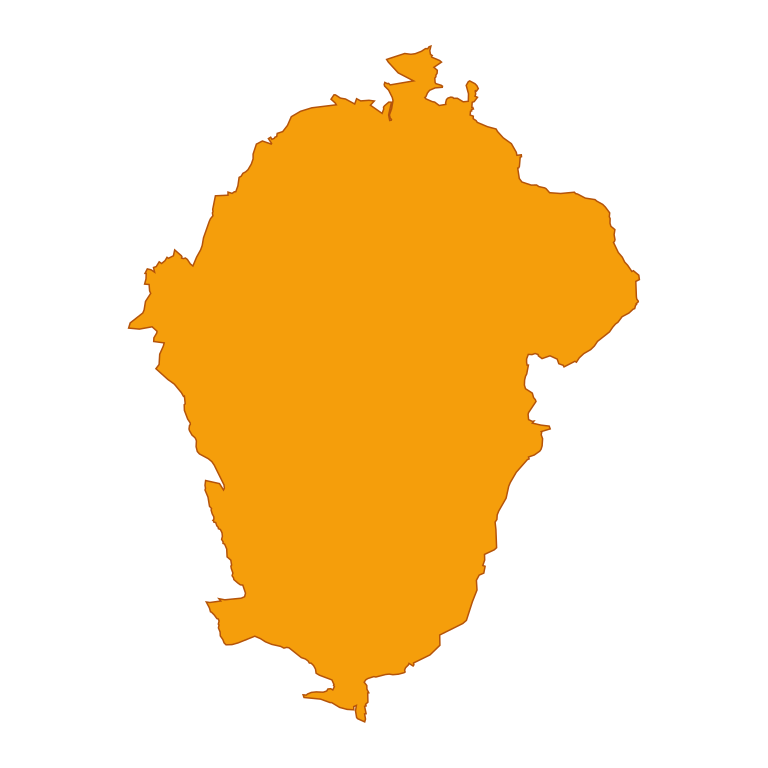 the district of Runcu Salvei, Bistrita-Nasaud, Romania
{"feature_id": "2599482B46893118391872", "entity_name": "Runcu Salvei", "entity_type": "district", "adm_level": 2, "iso_a3": "ROU", "parent_name": "Romania", "parent_adm1": "Bistrita-Nasaud", "projection": "robinson", "projection_center": [24.328, 47.36], "detail": "fine", "context": "isolated", "style": "filled", "palette": "amber", "viewbox_px": 768, "rotation_deg": 0, "n_neighbors": 0, "source": "geoboundaries", "source_scale": "gbopen_adm2", "svg_char_len": 6062}
<svg xmlns="http://www.w3.org/2000/svg" viewBox="0 0 768 768"><path d="M437.3,70.3L433.9,67.3L441.5,62.1L439.6,60.5L431.8,57.2L431.6,56.1L432.2,55.5L430.5,54.4L429.8,50.7L430.9,46.1L429.0,46.8L427.7,48.7L425.5,48.6L421.4,51.3L415.2,53.7L410.9,54.3L404.7,53.5L386.6,59.4L388.4,62.2L398.2,72.9L413.6,80.9L390.1,84.9L388.6,83.4L387.2,83.6L384.8,82.4L384.2,84.5L384.6,86.1L388.6,90.1L392.3,97.5L393.0,100.6L391.6,108.8L389.4,115.0L390.3,118.3L391.5,119.4L391.3,120.2L389.7,120.5L388.6,115.0L391.5,102.2L388.8,102.1L384.5,105.8L383.5,107.2L383.7,109.1L382.1,113.4L370.4,105.2L374.3,101.0L369.0,100.3L360.7,100.9L356.6,98.7L354.7,104.0L345.5,99.0L340.4,98.1L335.5,94.9L334.0,94.8L331.0,99.2L335.1,102.9L336.3,104.8L311.8,107.8L300.5,111.3L291.3,116.7L287.5,125.4L282.7,131.6L277.2,133.4L276.7,136.5L274.9,137.2L274.3,138.3L271.9,139.3L270.7,137.2L268.4,138.6L271.6,143.4L271.2,144.1L262.4,141.0L256.4,144.1L253.1,154.1L253.1,158.9L251.3,164.1L248.0,169.7L245.6,171.9L242.9,173.3L241.2,176.2L239.1,177.4L237.9,185.8L235.8,191.7L234.3,191.8L232.1,193.4L228.0,192.1L228.0,195.2L215.4,195.8L212.7,209.4L213.0,211.7L212.4,212.9L212.9,215.8L210.5,218.7L209.3,221.3L203.5,237.8L202.2,245.5L200.6,249.9L196.6,257.1L192.9,266.0L190.3,263.9L187.3,259.4L185.4,258.0L183.5,258.6L181.6,258.1L181.9,256.7L181.4,255.8L174.7,249.9L173.4,255.8L168.4,258.3L167.0,257.3L165.0,260.7L161.6,263.5L159.2,261.8L156.2,266.6L153.5,267.5L154.6,272.2L151.1,269.8L147.3,268.9L145.0,273.4L146.2,273.5L146.0,278.9L144.6,284.1L149.1,284.5L149.6,290.9L150.7,293.4L145.5,301.4L144.1,310.0L142.8,313.0L130.2,322.9L128.6,328.1L139.4,329.1L152.1,326.8L157.0,331.2L156.8,332.9L153.9,337.8L153.7,341.5L164.2,342.9L163.3,346.1L159.7,354.2L159.1,364.5L155.9,368.7L167.9,379.5L174.3,384.1L181.4,392.7L183.5,396.4L184.4,396.1L185.2,403.8L184.2,404.7L184.4,410.4L187.7,419.1L190.2,422.9L190.3,424.5L189.5,425.4L189.0,429.0L189.5,430.7L192.0,435.1L195.0,437.7L196.0,439.6L196.4,441.0L196.1,446.7L197.3,451.5L199.4,453.9L208.3,458.7L211.8,461.6L214.2,465.1L224.0,484.9L224.4,488.2L223.5,490.0L219.5,483.6L205.6,480.5L205.0,485.3L205.5,488.3L205.0,490.0L208.0,497.2L209.5,506.3L211.5,508.5L211.1,510.0L212.2,513.8L213.8,516.8L213.9,519.1L212.9,520.5L213.6,520.8L213.9,522.2L215.7,522.5L216.8,525.8L218.3,527.4L218.4,528.7L220.4,529.5L222.0,532.8L222.4,536.3L221.6,539.4L223.1,541.8L223.0,543.4L224.6,544.1L226.7,549.0L227.1,556.9L230.8,560.1L231.6,565.1L230.9,566.1L231.3,568.5L232.9,573.1L232.1,575.5L232.5,576.5L233.4,577.5L233.9,579.6L237.8,583.0L240.3,584.8L242.8,585.1L245.5,593.2L244.6,596.7L241.2,598.2L224.8,599.8L218.9,598.7L220.8,601.0L209.8,602.5L206.3,602.0L209.4,607.9L210.5,611.8L211.5,612.2L214.2,614.9L216.9,618.6L218.1,618.8L219.1,620.9L218.3,624.1L219.0,625.0L218.4,627.9L220.1,632.0L220.3,635.9L222.8,639.5L224.1,642.9L226.0,644.8L232.0,644.6L238.1,642.9L254.8,636.2L260.4,638.6L265.4,641.8L271.8,644.4L280.7,646.4L283.9,648.1L286.7,647.4L289.0,647.8L301.3,657.6L305.4,659.0L308.1,661.0L309.3,663.0L311.2,663.2L313.6,665.6L315.5,669.1L316.1,673.2L319.4,675.2L331.9,679.9L334.0,684.6L333.5,685.3L334.4,686.7L332.8,689.9L330.7,688.7L327.9,689.0L326.7,691.0L323.2,692.2L316.2,691.9L311.4,692.4L307.5,694.0L306.3,695.1L303.1,694.8L304.0,697.5L320.5,699.1L330.1,702.6L331.7,702.6L339.6,707.4L347.1,709.4L353.8,709.8L353.7,706.6L356.4,705.4L355.5,710.9L356.6,717.5L357.6,718.7L364.7,721.9L365.5,719.1L364.6,713.9L366.1,713.7L364.6,706.3L366.1,705.9L365.6,704.3L367.9,702.2L367.7,693.0L368.8,692.8L366.9,689.2L366.8,685.5L364.2,682.2L365.8,679.8L367.9,678.5L373.8,676.6L375.9,677.0L385.6,674.5L389.2,674.1L392.9,674.7L398.4,674.2L404.1,672.7L405.1,672.0L404.6,670.1L405.6,667.7L408.4,664.9L409.0,663.4L413.1,666.0L413.9,664.8L413.5,663.0L430.0,654.9L439.9,645.3L439.7,635.0L462.8,623.5L466.4,620.4L472.4,601.7L477.0,590.0L476.4,580.3L479.2,575.1L483.8,573.1L485.1,566.3L482.8,565.5L484.7,560.0L484.5,554.4L494.3,549.8L496.6,547.7L495.9,529.5L495.1,522.1L496.9,519.5L497.2,514.9L498.8,510.9L506.1,498.2L508.7,486.3L510.3,482.5L516.3,472.2L527.4,459.6L529.1,458.9L528.5,457.0L534.3,455.0L539.8,451.1L541.1,449.2L542.1,445.9L542.6,438.7L541.2,434.8L541.7,432.3L541.2,431.6L550.2,428.9L549.2,426.1L540.9,425.1L532.3,423.1L533.9,421.1L532.3,421.4L528.6,419.6L528.1,414.5L528.5,412.7L536.0,401.5L535.4,399.8L533.6,397.6L532.3,393.1L525.5,388.7L524.4,385.1L524.6,380.1L525.5,376.3L526.7,374.0L528.4,365.1L527.1,365.1L526.6,362.5L526.6,358.9L528.3,354.4L532.0,354.6L535.1,353.5L538.1,354.5L538.3,355.8L542.0,358.6L550.0,355.8L557.2,359.1L558.8,363.7L563.2,365.3L564.0,366.9L574.9,361.3L576.4,362.2L579.3,357.8L583.8,353.6L590.7,349.6L594.4,346.0L597.5,341.4L609.5,331.9L612.8,327.1L615.5,324.0L617.9,322.3L622.1,316.7L629.0,313.0L633.1,309.2L634.7,308.6L635.5,305.5L636.6,304.2L636.2,303.7L638.3,301.8L638.2,301.0L636.8,299.2L636.4,297.1L635.8,281.4L639.4,279.6L638.8,275.2L633.4,270.7L631.9,271.5L627.6,265.2L624.7,262.1L622.3,257.2L618.3,252.5L613.5,242.4L614.5,241.3L615.0,239.7L614.1,234.7L614.9,229.6L610.9,226.3L610.0,223.3L610.1,218.5L609.3,216.8L609.7,212.9L605.4,207.1L602.7,204.4L596.9,201.2L595.0,199.6L585.3,198.1L577.5,194.0L575.6,193.6L574.4,192.2L560.6,193.5L549.6,192.7L546.0,188.6L544.7,187.9L538.9,186.6L536.6,185.0L531.2,185.1L521.9,182.0L519.3,178.5L517.7,168.1L518.7,167.9L519.4,166.4L520.2,157.2L521.5,156.7L521.3,154.8L516.9,155.3L516.3,152.3L511.4,143.7L503.2,137.8L497.5,131.5L496.1,129.0L487.5,126.7L477.3,122.4L476.1,120.6L473.2,118.7L473.3,116.2L470.1,115.0L470.5,111.3L471.7,110.9L471.5,109.5L473.4,109.0L472.8,107.4L471.8,107.4L472.2,102.3L474.2,101.6L477.5,97.3L475.0,96.2L475.7,94.0L475.2,90.9L475.7,90.6L476.5,91.1L478.3,88.6L476.9,85.7L475.0,83.7L469.7,80.9L468.3,81.7L466.2,85.4L468.5,93.8L468.3,101.3L463.2,101.8L457.4,98.3L453.6,98.3L452.8,97.4L450.8,97.1L447.9,98.1L446.5,99.5L445.6,102.8L445.8,104.4L439.2,105.5L434.7,102.1L432.2,101.6L426.0,98.9L424.8,97.5L425.9,96.7L427.5,92.9L429.6,90.3L435.1,87.9L442.3,87.3L442.5,86.2L441.3,85.3L435.8,83.6L435.1,82.4L434.8,78.1L435.9,76.8L435.9,75.2L437.1,73.3L437.3,70.3Z" fill="#f59e0b" stroke="#b45309" stroke-width="1.5"/></svg>